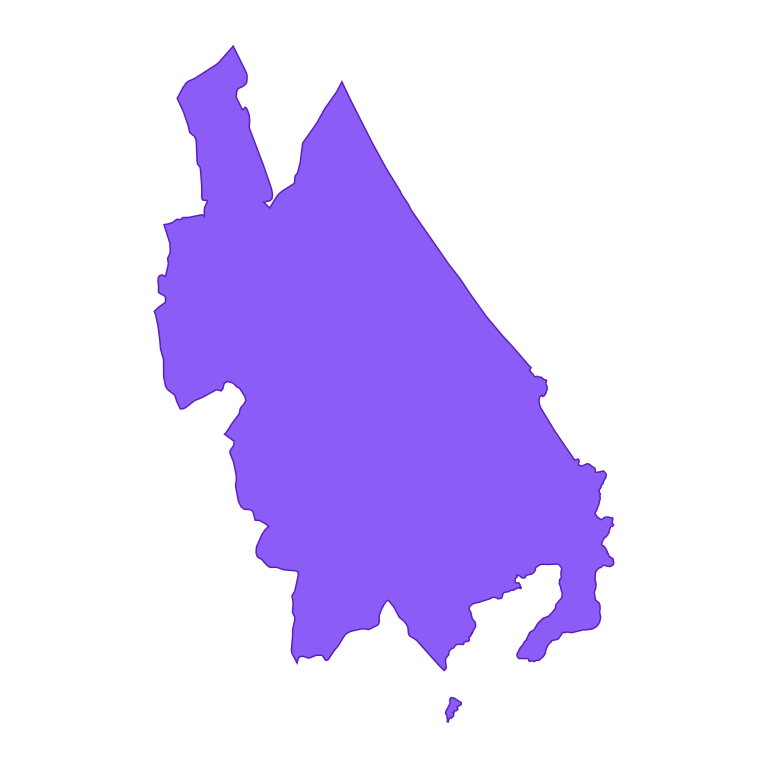 Dong Hoa, Phú Yên, Vietnam
{"feature_id": "81297802B45644811289425", "entity_name": "Dong Hoa", "entity_type": "district", "adm_level": 2, "iso_a3": "VNM", "parent_name": "Vietnam", "parent_adm1": "Phú Yên", "projection": "robinson", "projection_center": [109.384, 12.945], "detail": "fine", "context": "isolated", "style": "filled", "palette": "violet", "viewbox_px": 768, "rotation_deg": 0, "n_neighbors": 0, "source": "geoboundaries", "source_scale": "gbopen_adm2", "svg_char_len": 6100}
<svg xmlns="http://www.w3.org/2000/svg" viewBox="0 0 768 768"><path d="M341.9,81.8L336.5,92.1L324.7,108.8L316.9,122.9L302.7,143.1L300.2,162.6L297.6,172.8L295.2,175.9L294.4,183.0L293.3,184.1L282.5,190.9L279.3,193.5L277.0,196.1L269.7,208.0L263.7,202.2L270.0,200.7L272.0,198.8L272.5,194.6L271.6,189.1L263.7,166.0L249.6,128.8L249.2,127.3L249.7,120.3L249.1,114.8L247.6,110.6L246.4,108.1L245.3,107.3L242.8,109.8L242.3,109.5L236.3,97.3L236.6,92.3L237.2,90.0L238.3,88.6L243.2,86.2L246.2,83.5L246.8,81.7L247.1,76.4L246.9,74.3L245.7,71.3L233.2,46.1L219.6,61.6L216.6,64.4L194.6,78.5L188.2,81.3L185.9,83.3L183.2,87.2L177.2,98.3L183.4,111.7L188.2,125.6L189.8,132.6L194.6,136.5L196.2,140.4L197.1,161.3L197.6,164.1L200.1,167.3L200.5,170.0L201.8,187.5L201.7,197.1L202.2,199.3L203.0,200.1L207.3,200.5L207.5,201.2L204.6,207.6L204.2,211.5L204.4,216.5L202.1,214.7L188.8,217.4L182.7,217.6L180.7,219.5L176.5,219.4L173.0,222.3L168.1,224.0L164.0,224.6L169.9,243.3L170.3,251.8L169.7,254.2L167.6,258.3L168.4,263.8L165.6,276.2L165.1,276.4L162.2,274.9L159.7,275.6L158.4,277.2L158.0,280.5L158.5,285.1L158.5,291.9L159.3,293.1L164.0,295.5L165.5,297.2L165.5,301.2L165.4,302.3L158.7,307.2L154.3,311.3L155.7,315.2L158.0,325.9L159.9,340.8L160.5,348.9L163.5,359.2L163.7,377.1L165.6,386.3L167.0,388.7L168.9,390.6L174.8,395.1L176.6,401.0L180.1,408.6L180.6,409.0L183.4,408.6L185.5,407.7L194.4,400.7L202.7,397.2L215.3,390.3L217.2,389.8L221.1,390.9L222.8,388.9L224.2,383.3L227.6,381.5L233.0,383.0L236.5,386.6L239.8,388.5L244.9,396.6L245.9,400.6L244.0,403.9L240.4,408.2L239.1,414.0L232.9,422.2L226.3,432.5L224.5,434.2L233.9,441.1L234.0,444.2L233.0,446.6L230.1,450.6L229.9,451.7L230.1,453.4L233.6,462.3L236.2,475.2L236.4,480.1L235.5,485.8L238.4,501.0L239.6,503.9L241.3,506.9L244.4,509.3L250.0,509.6L251.7,510.3L252.9,511.9L253.6,513.9L255.1,520.2L259.8,520.5L265.1,523.6L268.7,526.4L265.3,529.6L262.3,533.8L256.9,545.8L256.3,548.1L256.1,553.1L257.2,556.4L258.1,557.4L261.7,559.4L266.8,565.1L269.3,567.0L271.2,567.4L276.2,567.2L284.1,569.8L296.1,570.9L298.2,572.3L298.3,575.0L295.3,589.0L294.3,592.1L292.4,594.9L292.0,596.5L292.7,599.8L293.1,604.0L292.5,612.3L294.9,617.6L295.0,618.8L292.7,629.2L292.6,636.3L291.4,650.1L292.1,653.6L297.1,663.0L298.1,658.7L299.4,657.0L300.8,656.3L304.0,656.5L307.5,657.9L309.3,658.0L316.4,655.2L321.9,655.3L322.8,656.0L325.1,659.8L325.9,660.3L327.4,660.1L328.6,659.0L334.1,650.7L338.2,645.9L344.2,636.0L346.3,633.7L350.7,631.3L360.4,629.1L363.8,628.8L368.9,629.5L377.9,625.0L379.2,622.4L379.2,615.4L380.6,611.5L383.4,605.6L386.2,601.3L388.3,600.3L393.7,606.7L399.4,617.4L403.5,620.7L406.3,624.1L407.9,627.3L408.4,633.2L409.0,634.9L410.2,636.4L414.3,638.6L416.9,640.6L438.8,665.2L444.1,670.5L445.9,669.0L446.3,667.4L445.4,660.5L446.1,657.7L448.6,655.0L449.0,651.7L450.0,650.2L451.6,648.6L453.9,647.8L455.5,645.1L457.9,644.2L463.1,644.5L463.8,643.9L463.7,642.9L464.2,642.2L467.1,641.2L468.1,641.5L468.3,641.0L469.2,640.6L469.1,636.7L470.3,636.4L471.2,634.8L471.4,633.3L472.3,633.3L472.9,631.4L475.6,626.7L475.4,622.6L472.3,618.8L470.5,611.4L469.0,609.4L469.7,606.3L473.1,603.6L479.9,602.0L490.4,598.6L491.9,597.7L494.3,597.2L497.5,598.2L497.7,598.8L501.3,598.4L502.1,597.2L502.8,594.1L504.1,592.4L508.5,591.7L511.0,590.3L513.6,590.1L517.8,588.0L519.3,587.8L520.2,588.5L520.8,588.5L521.2,587.2L520.2,586.5L520.2,585.3L519.0,583.1L518.6,582.7L516.2,583.2L515.2,582.5L515.1,578.9L517.2,576.8L516.5,575.2L519.0,575.4L522.1,577.9L524.3,578.0L525.2,577.6L526.2,575.3L531.7,574.0L533.8,572.5L535.3,570.2L535.6,567.7L539.9,564.7L542.7,564.2L548.7,564.5L557.5,564.0L559.4,565.1L561.7,568.0L560.9,573.2L561.3,577.9L559.6,579.6L559.3,583.7L560.8,587.5L561.0,589.6L562.3,593.4L561.8,597.6L556.5,603.9L555.8,605.2L555.4,608.3L552.5,612.1L548.5,616.3L542.7,618.4L541.2,620.2L538.2,622.8L533.9,630.0L531.2,631.3L529.6,632.7L526.1,640.2L524.0,642.3L523.1,644.6L520.3,647.7L517.0,654.1L517.1,656.3L518.8,658.5L527.7,658.6L528.7,659.6L528.8,660.8L530.6,661.5L531.6,660.6L533.4,661.1L533.9,661.7L536.2,660.4L538.8,660.3L543.4,656.5L545.3,653.3L545.7,650.6L547.1,646.8L549.0,643.7L551.3,641.8L551.7,640.6L557.5,639.4L558.5,638.7L562.5,632.8L563.8,632.2L564.8,632.7L567.2,632.0L571.7,632.7L583.5,629.8L586.1,629.9L592.2,629.0L595.9,627.0L598.1,624.8L599.6,622.1L600.7,617.3L599.6,611.9L600.1,609.2L599.9,605.1L599.1,603.0L595.4,599.8L594.3,592.5L595.7,587.9L596.1,584.4L595.0,578.7L595.5,572.7L596.1,571.2L597.8,569.1L599.6,567.7L600.9,567.5L603.1,565.5L603.9,565.3L609.1,566.5L610.7,566.4L613.2,564.8L613.7,562.8L613.1,559.2L612.1,558.1L608.8,556.1L608.3,553.8L608.1,553.3L607.2,553.2L607.2,551.5L605.2,547.6L603.7,546.0L602.3,545.7L601.7,544.1L602.1,542.2L603.2,539.7L605.2,537.1L606.2,536.8L608.8,533.0L609.8,528.8L610.9,526.5L612.5,526.3L613.6,525.2L612.9,523.7L612.0,523.3L612.8,519.4L612.7,518.1L612.3,517.7L611.0,518.0L608.4,517.0L607.2,517.0L604.7,517.3L602.1,519.3L600.8,519.6L597.1,516.8L594.9,513.2L596.5,510.6L598.8,504.5L600.3,497.9L599.7,495.8L600.4,494.2L599.2,492.1L599.2,490.1L600.8,487.6L601.5,484.9L602.8,484.0L604.0,480.4L605.8,477.6L606.3,474.3L604.2,471.5L603.3,471.0L597.4,472.3L595.5,472.2L595.0,468.5L588.7,463.9L586.6,463.9L581.8,466.2L578.6,464.8L578.3,464.2L579.2,461.4L578.7,459.4L577.9,459.0L575.8,459.9L574.4,459.7L555.0,431.4L540.9,408.2L539.9,405.8L539.0,401.2L539.4,397.7L539.9,396.6L541.4,395.3L541.9,395.3L542.6,396.5L544.1,395.9L545.4,394.1L547.0,389.9L547.3,387.0L545.7,383.8L546.6,380.5L545.9,379.9L543.8,379.5L541.3,377.2L538.5,377.1L537.7,376.3L534.8,376.8L529.4,370.1L530.1,369.6L531.0,367.3L529.4,366.1L513.4,347.5L502.3,335.5L486.0,316.1L470.1,293.8L459.9,278.5L449.3,265.0L411.2,210.2L408.6,204.8L401.1,193.5L400.1,191.0L386.2,168.4L372.7,143.7L351.3,101.5L341.9,81.8ZM456.2,710.8L457.1,710.2L457.3,709.3L457.9,709.1L457.2,706.8L461.2,704.6L461.3,702.7L454.7,698.5L452.8,697.7L451.0,697.7L449.8,699.3L450.1,702.4L449.4,704.9L446.2,710.8L445.5,712.8L445.8,714.1L447.3,716.4L447.0,718.2L447.6,719.2L447.2,721.8L448.3,721.9L448.7,719.8L450.2,717.5L451.3,718.2L453.6,716.0L453.8,713.5L452.8,712.7L454.0,712.4L454.2,711.0L456.2,710.8Z" fill="#8b5cf6" stroke="#5b21b6" stroke-width="1.5"/></svg>